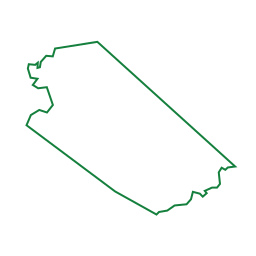 outline of Trinity, Texas, United States of America, rotated 81°
{"feature_id": "52423323B67589001499387", "entity_name": "Trinity", "entity_type": "district", "adm_level": 2, "iso_a3": "USA", "parent_name": "United States of America", "parent_adm1": "Texas", "projection": "orthographic", "projection_center": [-95.135, 31.106], "detail": "fine", "context": "isolated", "style": "outline", "palette": "green", "viewbox_px": 256, "rotation_deg": 81, "n_neighbors": 0, "source": "geoboundaries", "source_scale": "gbopen_adm2", "svg_char_len": 634}
<svg xmlns="http://www.w3.org/2000/svg" viewBox="0 0 256 256"><g transform="rotate(81 128 128)"><path d="M38.1,144.8L38.1,187.6L45.5,191.1L43.9,197.5L49.1,203.8L54.2,205.5L54.5,208.0L49.4,206.9L51.1,209.8L49.5,216.0L53.6,217.6L63.1,216.3L65.2,209.7L70.6,215.3L74.7,210.5L75.0,201.8L93.5,198.6L100.0,205.6L96.3,212.8L100.0,221.9L109.4,227.8L188.7,150.6L217.9,113.4L215.8,110.5L215.7,102.1L211.8,94.1L212.5,82.1L208.2,76.9L201.2,73.9L204.1,67.3L207.5,64.9L204.7,60.5L202.1,62.0L200.0,54.3L200.8,49.4L197.6,45.9L186.0,45.3L181.9,41.7L184.5,38.4L182.6,35.6L182.8,28.2L38.1,144.8Z" fill="none" stroke="#15803d" stroke-width="2"/></g></svg>